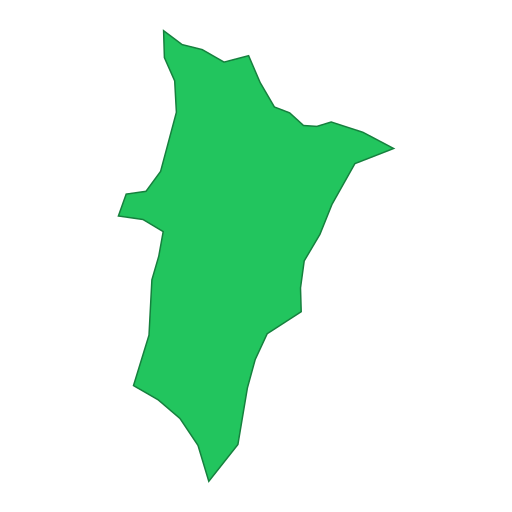 the border of Mbale
{"feature_id": "UGA-3115", "entity_name": "Mbale", "entity_type": "County", "adm_level": 1, "iso_a3": "UGA", "parent_name": "Uganda", "parent_adm1": "", "projection": "equal_earth", "projection_center": [34.184, 1.003], "detail": "fine", "context": "isolated", "style": "filled", "palette": "green", "viewbox_px": 512, "rotation_deg": 0, "n_neighbors": 0, "source": "natural_earth", "source_scale": "10m", "svg_char_len": 616}
<svg xmlns="http://www.w3.org/2000/svg" viewBox="0 0 512 512"><path d="M176.4,112.3L174.7,80.9L164.4,57.6L163.6,30.7L182.1,44.6L202.2,49.6L224.0,62.1L248.6,55.7L260.1,82.5L274.4,107.0L289.7,112.9L303.5,125.5L316.9,126.4L331.2,122.0L362.9,132.3L393.6,148.5L354.9,163.6L332.0,204.3L319.9,234.4L304.2,260.9L300.5,287.9L301.2,311.7L267.2,333.7L255.2,359.5L247.4,387.9L237.9,444.5L208.8,481.3L198.0,445.4L180.0,418.5L158.1,399.8L133.5,385.6L149.0,335.2L151.9,279.8L158.8,256.1L163.2,231.6L143.0,219.5L118.4,216.0L126.2,194.1L146.0,191.3L160.6,171.4L176.4,112.3Z" fill="#22c55e" stroke="#15803d" stroke-width="1.5"/></svg>